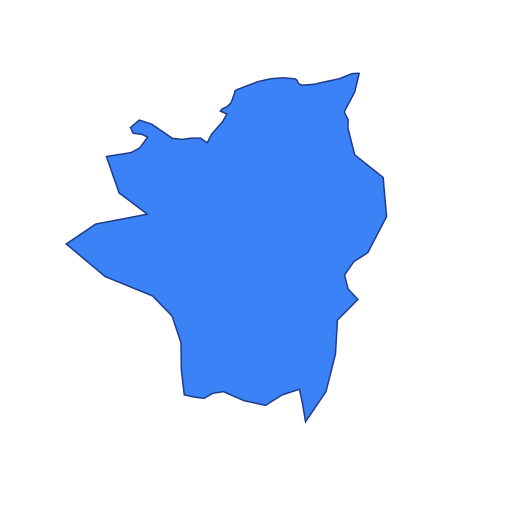 SVG path tracing the border of El Seybo, rotated 336°
{"feature_id": "DOM-1986", "entity_name": "El Seybo", "entity_type": "Province", "adm_level": 1, "iso_a3": "DOM", "parent_name": "Dominican Republic", "parent_adm1": "", "projection": "mercator", "projection_center": [-69.039, 18.789], "detail": "fine", "context": "isolated", "style": "filled", "palette": "blue", "viewbox_px": 512, "rotation_deg": 336, "n_neighbors": 0, "source": "natural_earth", "source_scale": "10m", "svg_char_len": 1073}
<svg xmlns="http://www.w3.org/2000/svg" viewBox="0 0 512 512"><g transform="rotate(336 256 256)"><path d="M159.9,104.3L183.8,110.7L193.6,110.0L205.3,103.4L201.4,98.6L193.7,93.9L193.6,87.6L204.7,84.4L214.4,93.2L227.5,114.5L235.9,119.4L245.3,122.2L253.3,125.8L257.5,132.8L264.9,126.7L280.1,119.7L287.2,114.5L282.4,109.2L284.7,107.9L290.3,107.8L295.6,105.9L302.1,99.1L304.1,96.5L306.5,96.3L328.7,97.5L341.7,100.1L353.4,104.3L363.7,110.0L364.9,111.8L364.9,114.2L365.4,116.7L368.0,118.9L380.7,123.4L381.8,123.2L404.0,127.9L417.8,128.4L423.4,130.5L424.5,131.2L412.9,146.3L395.2,160.2L395.6,169.0L392.1,176.2L387.3,203.7L404.1,236.0L391.3,273.1L359.5,298.4L343.0,301.0L329.2,309.3L326.7,323.5L331.4,337.1L304.3,347.7L288.7,377.9L264.9,408.2L233.8,427.6L238.3,410.5L241.5,395.4L223.3,393.5L203.9,396.3L186.2,383.3L171.1,366.7L161.0,363.9L150.6,364.9L142.1,359.7L134.0,353.7L141.5,329.6L152.2,304.7L154.9,276.8L145.3,250.5L109.8,213.4L87.5,167.8L122.6,161.6L173.7,173.6L156.6,142.7L159.6,106.8L159.6,106.6L159.9,104.3Z" fill="#3b82f6" stroke="#1e3a8a" stroke-width="1.5"/></g></svg>